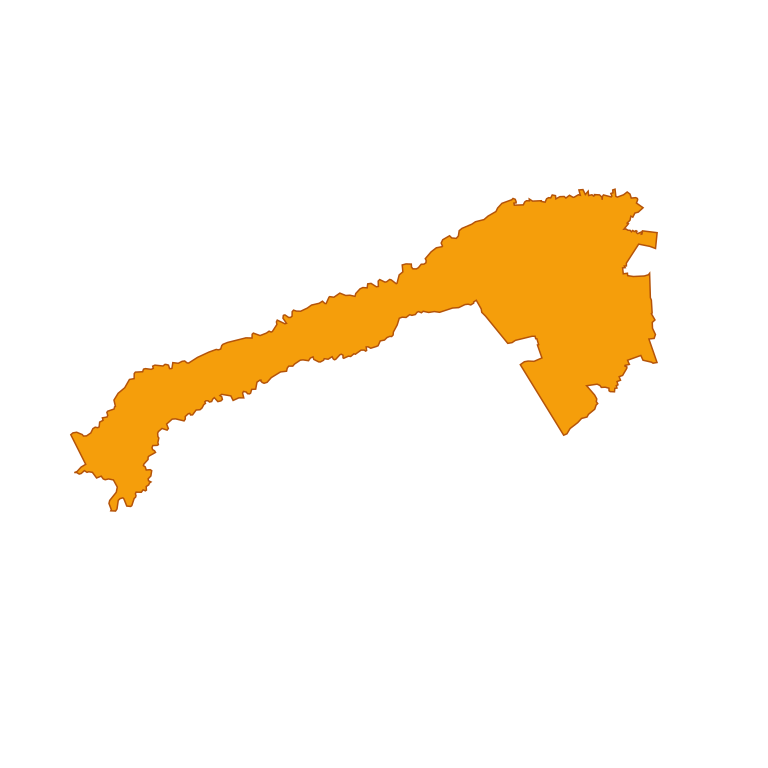 Cuitláhuac, Veracruz, Mexico, rotated 150°
{"feature_id": "50627088B21126743543200", "entity_name": "Cuitláhuac", "entity_type": "district", "adm_level": 2, "iso_a3": "MEX", "parent_name": "Mexico", "parent_adm1": "Veracruz", "projection": "mercator", "projection_center": [-96.646, 18.79], "detail": "fine", "context": "isolated", "style": "filled", "palette": "amber", "viewbox_px": 768, "rotation_deg": 150, "n_neighbors": 0, "source": "geoboundaries", "source_scale": "gbopen_adm2", "svg_char_len": 6125}
<svg xmlns="http://www.w3.org/2000/svg" viewBox="0 0 768 768"><g transform="rotate(150 384 384)"><path d="M136.8,266.1L132.1,290.5L127.3,288.4L124.2,291.1L123.6,298.0L120.9,303.2L117.3,304.0L117.3,311.2L116.3,311.4L110.5,323.0L110.2,325.5L98.6,347.1L100.4,346.4L104.6,347.4L114.3,352.4L118.8,356.0L117.8,358.2L121.7,359.8L119.3,365.3L117.0,364.2L116.9,366.0L115.0,365.1L113.7,367.5L93.5,377.8L85.0,370.3L81.1,365.6L71.8,378.5L83.6,387.4L85.6,384.9L86.3,385.1L85.0,387.0L89.1,387.4L89.7,388.9L89.4,389.9L88.6,389.9L89.1,390.8L91.1,390.9L91.8,392.6L93.6,392.1L94.0,394.0L95.9,395.2L96.9,397.2L98.8,398.1L92.2,400.6L93.0,401.8L89.1,402.8L86.3,405.9L85.1,404.1L81.2,406.6L77.9,405.7L71.5,407.1L74.9,414.5L72.2,416.7L71.8,418.0L72.8,419.5L76.9,421.4L76.0,425.5L77.4,428.7L81.9,428.1L88.5,429.2L89.4,430.6L86.5,437.2L88.9,437.7L90.1,435.1L92.3,435.6L92.7,432.8L93.7,432.4L99.4,438.0L101.1,437.2L102.9,434.4L101.9,437.0L102.8,440.0L107.0,442.8L107.3,442.0L108.5,441.9L109.3,443.9L112.5,444.9L110.8,448.9L114.9,447.4L114.5,452.9L118.2,454.6L119.6,449.3L121.0,450.7L126.0,450.7L126.9,451.1L129.0,454.7L133.5,454.1L134.2,456.3L138.0,458.3L142.6,458.4L141.3,461.4L143.8,463.6L146.6,461.8L148.3,463.1L150.6,463.1L153.6,460.9L156.6,463.6L156.2,464.1L163.9,468.1L165.7,471.6L166.5,469.9L169.0,471.5L171.1,471.3L173.8,469.5L181.7,473.7L181.1,475.7L179.0,474.8L178.4,475.9L178.0,478.3L179.5,480.2L181.2,479.7L191.5,481.5L197.6,479.6L200.8,477.4L209.9,477.4L215.2,476.4L223.7,478.8L228.0,478.5L238.6,479.8L242.2,479.2L245.6,475.0L248.6,474.0L252.3,476.6L253.1,479.6L261.0,479.6L264.0,477.5L264.4,474.2L265.1,473.9L270.6,475.8L277.1,474.9L285.6,471.9L285.7,469.9L287.1,468.0L289.4,467.8L291.9,469.1L296.1,467.5L298.4,467.5L301.4,469.3L301.7,471.5L300.4,474.2L304.9,477.0L308.7,478.0L311.6,471.7L316.3,470.9L322.3,464.8L323.3,464.8L325.7,470.6L326.8,471.7L330.5,471.2L332.2,471.7L335.5,476.6L337.6,476.0L340.1,471.3L342.0,472.0L344.9,477.6L348.0,478.9L350.5,475.7L354.1,478.1L357.2,478.4L363.2,476.5L365.3,474.4L369.1,477.9L372.9,479.8L376.8,484.8L384.0,484.2L387.3,486.8L388.2,486.7L393.9,482.6L394.9,483.2L395.9,486.5L399.7,486.3L407.3,488.6L412.5,488.1L419.8,488.7L423.5,491.0L425.4,493.2L427.4,492.5L429.7,488.7L431.7,488.4L433.3,489.3L435.2,493.3L436.1,493.7L436.9,493.7L438.6,491.5L438.1,485.3L439.7,485.7L444.5,492.7L446.1,491.6L447.0,489.1L454.4,485.3L455.8,485.4L457.1,487.2L460.4,486.9L467.1,487.9L471.7,493.4L473.3,493.0L475.3,489.8L480.5,493.0L498.7,498.2L503.6,498.9L505.3,498.4L508.0,495.9L510.4,496.4L512.0,497.8L519.8,499.2L532.3,500.3L542.7,499.8L544.0,500.7L545.1,503.6L547.5,504.6L551.8,504.8L556.2,508.1L559.8,503.6L560.7,503.8L562.0,504.6L561.2,508.1L562.5,509.5L563.8,510.5L566.4,510.1L573.0,514.9L575.4,515.1L576.0,512.9L578.3,513.1L582.9,516.6L584.8,517.1L586.9,515.3L593.4,518.6L595.1,517.9L597.7,513.6L602.2,515.2L610.4,510.4L618.9,508.9L625.9,505.1L627.8,498.9L628.8,498.9L630.2,497.3L636.9,498.6L638.2,498.0L638.9,495.0L640.4,493.9L644.8,495.5L645.5,493.0L649.3,493.2L652.1,489.3L653.8,489.3L655.7,491.0L658.4,490.9L662.4,488.2L667.6,487.8L670.3,489.2L670.6,491.1L674.3,495.9L677.8,497.2L680.6,496.7L682.5,463.6L687.9,463.5L693.5,461.7L696.5,462.1L694.5,461.1L693.0,458.4L691.0,457.9L686.8,458.8L685.4,456.0L683.5,455.6L680.7,453.3L679.9,446.3L675.0,445.6L674.6,442.1L673.3,440.5L670.0,439.5L666.3,436.2L666.5,428.1L670.0,424.1L679.8,420.3L681.9,418.1L683.0,411.5L684.0,410.8L680.0,408.2L677.7,409.3L672.3,416.1L669.8,416.7L667.1,416.0L666.7,414.6L667.8,406.9L664.6,404.6L663.2,404.8L657.6,409.8L655.7,410.2L654.6,411.3L654.2,413.2L652.8,414.3L648.3,411.6L645.5,412.8L644.1,410.8L642.8,410.9L641.2,414.1L638.2,414.3L636.7,415.5L634.8,415.7L636.3,418.0L635.7,419.8L631.9,420.9L628.5,425.1L629.3,426.7L632.9,428.4L632.2,431.6L633.2,433.6L632.0,434.7L626.1,436.6L624.8,438.7L623.4,439.1L616.1,439.0L616.1,440.9L617.2,442.9L616.8,444.8L615.0,446.3L611.2,444.3L609.7,444.3L609.1,446.4L606.0,449.8L606.1,451.6L604.6,454.6L603.2,455.6L598.5,456.5L594.9,452.5L593.0,453.3L592.3,458.0L585.0,459.5L581.9,458.0L575.6,452.0L573.6,453.0L572.4,455.2L568.4,456.1L566.9,455.7L567.0,453.9L565.2,453.0L559.7,455.4L556.2,453.7L553.6,454.2L550.4,456.2L548.3,456.5L548.1,458.2L546.6,458.5L544.8,457.5L544.1,455.6L542.0,455.0L540.0,456.5L537.8,457.0L536.7,451.8L533.6,450.9L531.7,451.4L530.9,454.1L531.9,456.0L529.7,456.2L522.6,450.3L522.9,445.2L516.6,444.6L512.4,442.1L511.0,446.9L509.4,447.8L507.4,446.0L507.0,443.8L505.4,442.7L504.1,442.8L501.3,445.5L497.7,443.7L493.1,449.1L489.6,449.4L488.6,448.8L489.2,448.0L488.7,446.2L487.5,444.6L484.4,443.9L478.4,445.9L467.6,446.2L462.0,443.8L459.9,446.1L457.6,447.1L454.0,445.1L451.6,446.0L444.6,446.5L442.1,445.4L437.7,441.9L434.8,443.3L431.9,443.0L432.5,440.4L429.5,435.8L428.1,434.9L424.4,434.8L423.1,435.8L420.0,433.4L415.3,433.6L415.4,431.0L414.8,429.8L413.5,429.5L407.5,431.4L406.0,431.1L405.1,429.4L406.4,427.2L406.0,426.4L400.9,425.9L399.1,424.5L394.9,425.2L393.9,424.1L386.9,424.8L384.2,423.2L383.5,421.7L382.3,421.7L380.9,425.0L379.2,424.2L377.6,421.6L371.8,420.3L370.0,420.1L365.7,423.2L361.6,421.8L358.2,422.7L355.4,422.4L353.6,421.3L351.6,421.9L349.9,424.3L343.1,428.5L337.9,433.3L334.9,432.8L331.6,430.6L327.1,431.2L325.5,429.5L322.1,428.5L319.5,429.6L317.8,429.4L316.0,427.0L313.7,427.4L309.5,423.6L304.2,421.6L300.0,418.3L286.6,415.5L281.1,412.8L274.2,412.3L271.3,411.1L269.3,409.1L265.9,409.2L265.3,410.2L262.2,410.4L262.3,400.4L263.5,397.2L262.1,391.9L256.5,357.3L252.4,355.8L248.4,356.1L231.9,351.3L229.3,349.8L230.0,347.4L229.0,346.8L230.4,340.8L231.6,341.1L234.2,327.6L242.7,328.6L247.7,331.8L251.3,333.1L256.3,332.6L254.0,249.8L250.5,249.4L245.1,252.4L235.5,253.7L230.1,255.4L224.7,253.9L222.1,255.5L214.1,256.8L210.8,259.7L208.7,260.2L209.0,262.5L207.2,264.7L207.1,269.2L209.4,281.2L199.5,277.3L197.7,274.7L197.5,272.4L194.0,270.6L191.3,267.9L192.5,265.6L191.9,264.3L188.3,262.0L186.3,264.8L184.3,264.0L183.6,266.5L181.8,266.3L181.0,269.6L177.3,269.0L176.7,272.8L173.1,272.1L165.9,276.2L165.1,277.3L166.4,279.1L166.0,279.6L161.7,278.3L161.2,282.8L147.3,280.3L147.8,275.1L141.4,269.1L140.6,267.5L136.8,266.1Z" fill="#f59e0b" stroke="#b45309" stroke-width="1.5"/></g></svg>